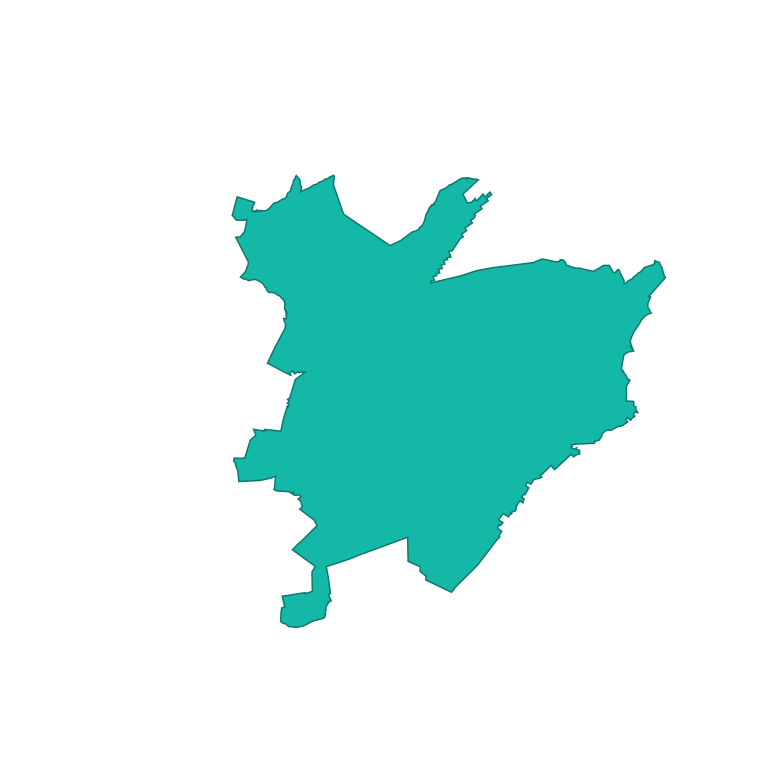 outline of Cuyoaco, Puebla, Mexico, rotated 34°
{"feature_id": "50627088B87175964143986", "entity_name": "Cuyoaco", "entity_type": "district", "adm_level": 2, "iso_a3": "MEX", "parent_name": "Mexico", "parent_adm1": "Puebla", "projection": "orthographic", "projection_center": [-97.601, 19.584], "detail": "fine", "context": "isolated", "style": "filled", "palette": "teal", "viewbox_px": 768, "rotation_deg": 34, "n_neighbors": 0, "source": "geoboundaries", "source_scale": "gbopen_adm2", "svg_char_len": 6146}
<svg xmlns="http://www.w3.org/2000/svg" viewBox="0 0 768 768"><g transform="rotate(34 384 384)"><path d="M610.4,265.7L607.5,264.6L605.7,262.2L603.1,262.4L602.1,260.6L600.6,258.9L594.2,262.7L591.1,257.3L587.5,252.5L586.2,250.2L585.8,243.4L582.3,243.2L579.8,241.5L575.2,240.1L575.4,239.5L572.4,239.0L566.7,226.0L567.7,222.5L569.6,219.6L571.4,218.5L572.0,217.3L572.5,217.0L568.1,215.0L569.0,214.8L566.5,213.0L564.2,210.6L563.1,207.7L562.0,200.6L562.1,194.1L561.7,185.5L562.8,180.5L564.9,176.8L565.9,175.8L559.7,172.7L557.6,169.4L556.2,162.6L554.5,163.3L557.8,138.5L556.0,137.7L548.5,131.5L545.6,130.3L544.5,129.1L541.1,130.1L539.6,130.3L540.1,131.4L540.7,131.6L540.7,133.5L539.9,134.8L540.2,135.0L535.8,140.2L534.7,142.3L534.0,147.7L532.6,150.3L532.3,152.5L531.0,155.9L531.1,157.7L528.8,161.8L528.1,165.6L526.5,166.0L525.7,165.0L525.5,164.4L524.0,163.2L518.6,160.5L515.2,158.0L514.0,158.1L513.4,162.2L512.7,163.1L511.3,163.1L510.2,162.6L504.4,159.7L499.4,163.2L498.5,165.7L494.6,173.5L481.1,178.8L478.2,180.7L477.0,180.8L475.5,182.0L474.7,181.8L469.3,183.3L468.6,183.2L465.7,181.5L464.4,181.1L462.7,181.2L461.0,182.2L460.6,183.4L460.7,184.7L460.1,184.8L459.9,185.5L457.0,187.1L445.3,191.8L439.2,200.8L438.9,200.7L409.0,226.9L399.1,236.6L396.1,239.9L387.0,251.6L367.2,273.1L366.4,274.9L366.4,273.4L365.2,272.5L367.7,269.8L364.5,267.4L367.1,264.8L365.6,263.6L368.0,260.8L364.9,258.3L367.7,255.7L364.9,253.4L367.4,250.5L364.4,248.1L367.1,245.4L365.7,244.3L368.4,241.4L366.8,240.3L366.8,240.0L363.4,238.1L366.1,235.3L365.9,220.4L367.4,217.6L364.5,216.5L366.8,210.7L363.9,209.5L367.2,201.0L364.3,199.8L365.5,196.7L365.8,196.8L365.8,193.4L363.8,192.6L367.3,183.9L364.4,182.7L368.0,173.9L365.3,172.8L367.4,166.9L364.5,165.7L363.1,172.6L359.9,171.1L358.6,179.9L358.0,180.5L355.8,179.3L356.0,180.3L356.3,180.4L355.9,181.1L355.6,180.9L355.0,184.4L351.8,187.3L343.3,182.4L348.0,162.0L345.4,162.8L343.8,164.1L339.5,165.7L338.1,167.2L338.2,166.3L333.8,169.5L332.2,172.2L328.2,181.1L327.0,182.1L325.7,186.9L322.3,192.3L324.4,202.6L325.0,202.7L324.3,206.6L325.2,206.9L324.8,208.1L323.4,208.5L323.8,210.2L323.3,210.2L323.0,212.9L323.2,213.9L324.0,214.9L323.6,216.2L324.2,220.2L325.8,224.6L326.9,228.5L326.8,232.4L325.9,234.5L326.4,235.9L325.0,239.2L322.3,242.3L317.7,255.6L311.6,265.9L255.5,265.8L231.1,247.5L229.5,245.1L226.8,239.7L225.6,239.1L223.3,242.7L222.2,246.1L221.5,246.1L220.5,247.3L219.6,250.3L217.4,253.1L216.3,256.3L214.6,257.8L212.7,262.5L207.3,271.2L206.7,269.1L205.7,267.0L203.5,265.8L202.0,264.4L201.8,263.5L200.4,262.1L199.3,261.5L194.7,260.2L194.7,261.8L195.4,263.2L195.1,265.9L196.4,268.4L197.0,272.1L198.5,276.4L197.4,279.5L197.6,280.9L198.4,282.9L198.4,284.3L197.6,286.8L196.4,287.2L196.3,288.5L195.4,289.6L195.0,291.1L194.3,292.0L193.6,293.8L192.2,294.6L191.4,297.0L190.8,301.9L189.8,305.2L189.1,306.5L184.7,309.3L184.8,310.1L183.3,310.0L183.1,311.6L181.2,310.8L181.0,311.4L181.5,311.9L180.0,312.8L180.7,313.8L178.2,314.1L178.0,313.3L177.3,313.2L175.8,310.2L175.6,306.6L175.0,305.7L157.6,311.0L164.0,329.2L165.7,329.3L168.8,330.6L170.3,330.5L176.6,326.4L178.4,324.3L181.6,331.4L183.1,335.7L182.6,342.4L179.0,345.2L203.4,358.7L205.2,362.3L204.9,362.9L205.3,364.8L206.0,366.4L206.2,369.6L205.2,375.6L209.2,375.4L210.3,374.3L213.8,374.1L218.3,369.5L220.2,369.1L221.1,368.4L222.3,368.9L223.0,368.4L227.6,368.5L231.0,370.2L232.1,370.5L232.8,370.0L233.7,371.3L235.0,372.0L237.4,372.5L239.4,371.0L242.6,369.6L243.7,369.5L245.5,369.8L248.9,369.3L251.2,370.1L253.4,370.2L253.6,370.7L255.3,371.3L257.0,372.8L258.3,375.4L260.0,377.6L260.7,378.1L262.0,378.4L261.7,378.6L263.1,380.0L263.8,379.6L264.5,381.9L264.8,381.7L266.4,384.2L264.2,385.8L266.2,387.8L267.4,388.3L269.4,390.0L270.0,391.9L270.7,392.0L273.3,416.1L275.8,432.0L302.5,428.9L299.8,428.1L300.8,424.4L304.4,425.5L305.7,421.8L307.5,422.3L307.9,421.1L312.0,418.4L308.0,429.9L313.7,448.4L312.7,450.7L315.4,451.5L314.5,453.9L317.1,454.6L316.3,457.0L317.2,457.3L316.8,458.4L320.4,469.8L324.9,480.8L314.0,486.4L311.7,488.8L311.1,487.8L310.3,489.1L310.7,490.1L301.2,494.5L306.4,498.0L304.6,505.3L309.9,523.1L306.6,526.0L301.3,529.1L301.2,529.4L302.2,531.4L302.6,532.0L305.0,532.7L306.7,534.7L311.2,537.6L318.2,546.0L334.0,534.2L336.6,531.9L343.5,524.4L345.7,521.1L351.6,531.9L351.6,532.9L354.4,532.9L365.8,526.2L368.8,526.5L369.5,523.1L369.6,524.3L370.2,526.0L370.7,526.4L372.2,526.2L373.2,525.7L375.3,523.5L375.8,523.5L378.2,523.8L377.1,527.4L380.6,527.9L385.1,531.6L384.1,534.9L402.4,535.9L407.7,538.9L403.5,560.3L402.3,564.1L400.8,572.7L429.1,573.6L429.4,580.1L440.5,595.9L436.2,601.9L435.4,601.0L418.3,616.9L426.6,624.6L425.6,625.3L424.4,626.7L426.2,630.5L431.0,638.6L434.1,638.9L436.8,637.8L440.5,638.4L447.8,634.5L452.9,629.1L457.5,620.4L464.3,612.7L465.2,611.2L465.2,610.1L464.7,609.1L464.6,608.0L462.8,605.8L462.2,603.6L460.2,601.1L460.5,599.6L460.2,596.1L459.7,595.6L460.4,595.4L461.5,593.3L455.6,589.5L456.8,587.7L444.8,574.3L438.3,567.7L454.1,547.2L458.6,540.3L489.3,497.8L503.2,517.6L516.3,515.2L518.6,519.1L526.4,519.9L528.1,523.1L556.4,518.9L556.6,516.4L556.8,515.7L557.0,515.6L556.6,514.0L557.2,510.4L562.9,481.6L564.7,450.5L565.5,446.1L564.3,446.0L563.9,440.2L559.5,440.2L557.9,438.8L558.0,437.7L558.3,437.7L558.4,437.3L558.0,436.4L559.6,436.4L560.0,432.4L555.3,432.6L555.0,432.2L555.2,424.8L561.4,424.6L561.3,420.6L562.4,420.4L561.9,419.3L561.1,419.4L563.8,415.7L564.0,414.9L562.1,411.8L562.0,404.9L565.5,404.8L564.4,401.0L561.4,400.9L561.7,397.0L562.8,396.9L562.1,389.1L558.0,389.1L557.7,385.2L561.8,384.9L561.7,379.4L563.0,377.8L565.2,375.7L566.9,373.0L564.5,372.4L565.5,370.4L568.0,358.0L570.8,359.0L573.4,359.5L578.4,337.7L581.9,338.4L583.2,334.9L585.3,332.5L583.1,329.6L582.2,330.3L580.3,330.4L579.3,330.1L579.2,329.4L577.9,332.0L574.6,332.2L575.2,330.6L573.1,330.1L573.2,329.7L576.8,326.5L591.7,315.4L590.6,314.2L594.0,309.8L593.6,308.4L593.9,305.8L593.0,304.8L592.7,302.4L593.5,300.5L593.4,299.4L595.7,296.8L598.3,295.2L601.0,289.6L602.1,287.9L603.8,286.8L604.4,285.4L605.3,284.2L607.2,279.3L604.3,277.8L604.8,275.4L608.2,276.3L608.8,275.8L608.9,272.2L609.8,271.6L609.9,270.4L608.0,269.9L607.3,267.5L610.4,265.7Z" fill="#14b8a6" stroke="#0f766e" stroke-width="1.5"/></g></svg>